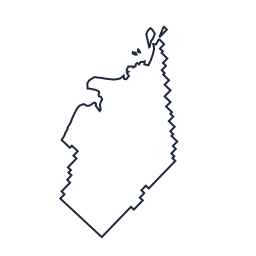 Dillingham, Alaska, United States of America (Natural Earth projection), rotated 134°
{"feature_id": "52423323B44097334117837", "entity_name": "Dillingham", "entity_type": "district", "adm_level": 2, "iso_a3": "USA", "parent_name": "United States of America", "parent_adm1": "Alaska", "projection": "natural_earth1", "projection_center": [-159.172, 59.691], "detail": "fine", "context": "isolated", "style": "outline", "palette": "slate", "viewbox_px": 256, "rotation_deg": 134, "n_neighbors": 0, "source": "geoboundaries", "source_scale": "gbopen_adm2", "svg_char_len": 2661}
<svg xmlns="http://www.w3.org/2000/svg" viewBox="0 0 256 256"><g transform="rotate(134 128 128)"><path d="M224.7,71.1L197.1,71.1L182.7,71.1L182.6,67.1L169.8,67.1L169.9,71.1L164.5,71.1L163.5,71.1L163.5,75.1L157.1,75.1L157.1,71.1L127.7,71.1L118.8,71.1L118.8,75.1L116.2,75.1L116.2,79.1L109.8,79.1L109.8,83.2L103.5,83.2L103.5,91.2L101.0,91.2L101.0,95.3L94.7,95.3L94.7,103.4L88.4,103.4L88.4,107.4L86.1,107.4L86.1,115.5L79.8,115.5L79.8,123.6L71.4,123.6L71.4,131.7L65.2,131.7L65.1,139.8L63.1,139.8L63.0,143.9L56.9,143.9L56.9,148.0L50.7,148.0L50.6,156.1L48.7,156.1L48.7,160.2L42.6,160.2L42.5,167.7L42.4,167.8L43.6,167.2L48.4,165.9L50.1,168.2L52.7,164.4L56.8,161.8L62.9,158.9L68.7,156.9L70.9,160.4L68.5,162.3L69.8,162.8L71.7,164.8L74.6,164.1L74.7,166.5L76.8,166.7L78.3,165.5L80.8,166.3L80.4,167.3L83.6,170.5L87.3,169.3L87.8,168.5L87.2,166.7L89.2,167.0L90.0,163.4L90.3,163.4L90.8,163.5L91.5,163.4L92.8,163.1L93.3,163.1L94.3,163.4L94.8,163.9L95.1,164.3L95.3,164.9L95.2,165.3L94.8,165.6L93.3,167.5L95.6,167.7L96.4,167.8L97.3,168.0L98.4,168.4L100.3,169.7L102.5,171.4L103.7,172.7L107.9,178.1L109.9,181.1L113.9,186.4L114.5,187.4L115.1,187.6L118.9,188.6L120.6,188.9L121.2,188.9L123.0,188.6L124.3,188.1L127.7,184.5L127.0,183.8L125.3,181.4L123.1,177.8L121.9,174.5L122.4,173.2L123.1,173.1L123.7,173.0L124.1,172.8L124.7,172.1L125.2,171.2L125.2,170.8L125.0,170.6L124.8,170.0L124.5,169.4L124.4,169.2L124.5,168.9L125.3,166.6L126.1,166.1L126.7,166.2L127.1,166.2L130.7,164.4L134.0,160.3L135.5,160.2L134.3,166.9L132.9,167.6L132.7,168.9L132.7,169.3L132.7,169.5L133.2,169.9L133.7,170.1L134.6,170.4L136.7,170.7L137.9,171.0L138.7,171.4L139.6,172.0L140.5,173.0L140.8,173.7L141.2,174.9L141.3,175.5L141.2,175.7L141.3,175.9L141.4,176.2L142.5,177.0L143.4,177.4L144.9,178.1L145.6,178.3L146.5,178.4L148.3,178.3L149.7,178.0L152.1,177.4L158.7,175.3L160.7,174.5L163.6,173.2L164.5,172.9L169.8,171.7L170.1,171.4L170.3,171.1L170.5,170.9L172.2,170.3L174.2,170.0L177.0,168.8L179.9,167.9L180.4,167.9L181.1,167.8L182.0,167.6L182.7,167.4L182.6,156.1L179.7,156.1L179.6,148.0L185.8,148.0L185.7,143.9L198.0,143.9L198.0,139.8L201.4,139.8L201.3,135.8L207.5,135.8L207.5,131.7L219.8,131.7L219.8,127.7L225.8,127.7L224.7,71.1ZM40.4,179.5L40.5,181.1L40.7,181.4L44.9,181.2L47.9,179.9L55.2,168.9L54.6,168.8L49.3,171.9L46.6,172.1L41.5,174.2L40.7,177.3L40.4,179.5ZM31.1,172.4L36.9,170.1L41.0,168.4L30.3,168.4L30.2,172.4L31.1,172.4ZM68.6,174.6L68.8,175.2L69.7,176.3L70.1,177.3L70.8,176.8L71.1,176.3L70.9,175.5L70.5,174.3L69.9,173.4L69.2,172.9L68.9,173.5L68.6,174.6ZM64.2,175.0L64.4,175.3L65.9,174.3L66.2,173.8L66.1,172.9L65.3,171.9L64.7,172.9L64.6,173.7L64.2,175.0Z" fill="none" stroke="#1e293b" stroke-width="2"/></g></svg>